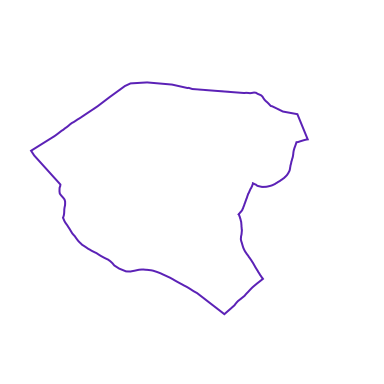 outline of Rahabah, Ma'rib, Yemen, rotated 65°
{"feature_id": "15242507B53834737304279", "entity_name": "Rahabah", "entity_type": "district", "adm_level": 2, "iso_a3": "YEM", "parent_name": "Yemen", "parent_adm1": "Ma'rib", "projection": "robinson", "projection_center": [45.139, 14.958], "detail": "fine", "context": "isolated", "style": "outline", "palette": "violet", "viewbox_px": 384, "rotation_deg": 65, "n_neighbors": 0, "source": "geoboundaries", "source_scale": "gbopen_adm2", "svg_char_len": 5987}
<svg xmlns="http://www.w3.org/2000/svg" viewBox="0 0 384 384"><g transform="rotate(65 192 192)"><path d="M160.8,319.8L162.2,319.8L164.0,319.9L165.9,319.8L167.6,319.5L169.6,319.1L171.4,318.9L173.3,318.6L175.2,318.4L177.2,318.2L178.9,318.0L180.7,317.5L182.5,316.9L184.4,316.6L186.4,316.2L188.2,315.8L190.0,315.2L191.7,314.5L193.4,313.9L194.9,312.9L196.5,311.9L198.0,311.0L199.6,310.1L201.0,309.0L202.7,307.9L204.1,306.8L205.6,305.6L207.0,304.4L208.5,303.5L210.1,302.5L211.6,301.5L213.1,300.4L214.7,299.2L216.2,298.0L217.6,296.8L217.7,296.7L220.2,295.3L222.9,294.2L225.7,293.5L230.6,290.4L236.1,285.3L238.0,281.5L238.6,279.1L239.1,277.2L239.6,274.9L240.1,272.8L240.8,270.9L241.6,269.0L242.7,267.2L243.6,265.5L244.6,263.9L245.7,262.1L246.8,260.6L248.1,259.2L249.5,257.7L250.9,256.3L252.7,254.6L254.2,253.4L255.7,252.1L258.9,249.4L260.3,248.2L261.8,247.1L263.3,246.0L264.1,245.5L266.5,243.8L269.9,241.3L271.6,240.0L273.3,238.8L274.8,237.6L276.4,236.4L277.9,235.4L279.6,234.3L281.1,233.4L282.8,232.3L284.3,231.2L285.8,230.1L316.4,214.3L312.6,201.3L311.9,200.1L310.9,198.0L310.3,196.5L308.3,188.2L307.6,186.8L306.9,185.1L306.2,183.2L305.4,181.3L304.7,179.5L304.0,177.6L303.4,175.5L302.9,173.6L302.4,171.7L301.9,169.5L301.0,165.7L300.7,164.4L300.2,164.5L299.9,164.6L299.5,164.6L299.2,164.8L298.9,164.8L298.4,164.9L298.1,164.9L297.8,165.0L297.5,165.0L297.0,165.1L296.6,165.2L296.0,165.3L295.3,165.4L294.7,165.4L294.0,165.5L293.3,165.6L292.7,165.7L292.0,165.8L291.4,165.8L290.8,165.8L290.2,166.0L289.5,166.0L288.4,166.2L288.0,166.2L287.4,166.3L286.9,166.3L286.6,166.4L285.6,166.4L285.0,166.5L284.5,166.5L283.9,166.6L283.1,166.6L282.5,166.7L281.9,166.7L281.5,166.8L280.9,166.9L280.5,166.9L280.2,167.0L279.8,167.0L279.3,167.1L279.0,167.1L278.5,167.2L277.9,167.3L277.3,167.4L276.6,167.5L275.7,167.7L274.9,167.9L273.7,168.0L272.8,168.2L271.9,168.4L271.0,168.6L270.2,168.7L269.5,168.8L268.6,169.0L268.1,169.0L267.3,169.1L264.4,169.1L263.8,169.0L263.4,169.0L262.8,168.9L262.1,168.8L261.4,168.7L260.7,168.6L260.1,168.5L258.9,168.3L257.8,168.2L257.3,168.1L257.1,168.1L256.7,168.0L256.2,167.9L255.8,167.8L255.3,167.6L254.5,167.2L254.1,166.9L253.5,166.6L253.1,166.4L252.7,166.1L252.2,165.7L251.3,165.0L250.9,164.8L250.4,164.5L250.2,164.3L249.5,164.0L248.9,163.6L248.4,163.3L248.1,163.1L247.7,163.0L247.4,162.8L247.1,162.8L246.8,162.6L246.5,162.6L246.0,162.4L245.7,162.2L245.0,162.0L244.6,161.9L244.1,161.7L243.7,161.5L243.2,161.3L242.7,161.1L242.1,160.9L241.6,160.7L240.5,160.3L240.0,160.1L239.4,160.0L238.9,159.9L237.7,159.7L237.1,159.5L236.8,159.5L236.2,159.5L235.5,159.3L235.2,159.3L234.7,159.2L234.2,159.2L233.9,159.2L233.4,159.1L233.2,159.1L232.8,159.1L232.4,159.0L232.0,159.0L231.9,159.1L231.7,158.8L231.6,158.4L231.4,157.9L231.2,157.5L231.0,157.1L230.7,156.5L230.6,156.0L230.4,155.6L230.2,155.3L230.1,155.0L229.9,154.7L229.7,154.4L229.5,154.0L229.2,153.7L228.7,153.2L228.5,152.9L228.3,152.6L227.5,151.9L227.2,151.6L226.7,151.0L226.1,150.4L225.5,149.8L225.1,149.5L224.4,148.7L224.2,148.5L223.8,148.1L223.3,147.7L222.8,147.1L222.3,146.7L221.9,146.2L221.5,145.9L221.2,145.6L221.0,145.3L220.7,145.0L220.5,144.8L220.0,144.3L219.5,143.9L218.6,143.0L218.2,142.6L217.9,142.3L217.5,142.0L217.2,141.5L217.0,141.2L216.7,140.8L216.4,140.5L216.1,140.1L215.7,139.7L215.3,139.2L215.0,138.9L214.7,138.5L214.3,138.1L213.9,137.6L213.6,137.1L213.3,136.6L212.9,136.2L212.7,135.9L212.3,135.4L211.8,134.8L211.4,134.5L211.2,134.3L211.0,134.0L210.7,133.8L210.5,133.5L210.3,133.3L209.9,133.1L210.0,133.0L210.3,132.7L210.9,132.3L211.6,131.7L211.8,131.5L212.2,131.1L212.5,130.9L213.2,130.6L213.9,130.2L214.2,129.9L214.5,129.6L214.7,129.3L215.0,129.0L215.1,128.8L215.3,128.6L215.5,128.3L216.0,127.7L216.2,127.4L216.4,127.1L216.7,126.8L217.1,126.2L217.2,125.8L217.5,125.4L217.6,125.0L217.8,124.6L218.0,124.1L218.2,123.5L218.5,123.0L218.6,122.5L218.8,122.0L218.9,121.4L219.1,120.7L219.2,120.0L219.4,119.2L219.5,118.5L219.6,118.1L219.7,117.4L219.7,117.0L219.8,116.6L219.8,114.4L219.8,113.8L219.8,113.4L219.6,112.4L219.6,112.0L219.5,111.1L219.4,110.5L219.3,110.0L219.3,109.5L219.2,108.8L219.2,108.1L219.0,107.0L218.8,106.2L218.8,105.7L218.6,104.8L218.5,104.3L218.4,103.7L218.3,103.3L218.3,103.0L218.1,102.3L218.0,102.0L217.8,101.7L217.7,101.3L217.7,101.0L217.4,100.4L217.2,99.8L217.0,99.3L216.8,98.8L216.6,98.5L216.4,98.1L216.2,97.7L215.9,97.4L215.7,97.1L215.5,96.7L215.2,96.2L214.8,95.8L214.5,95.4L214.2,95.0L214.0,94.7L213.7,94.4L213.3,94.1L213.0,93.9L212.7,93.6L212.3,93.4L212.1,93.2L211.7,92.9L211.4,92.8L210.9,92.4L210.6,92.2L210.2,91.9L209.8,91.7L209.6,91.5L209.2,91.2L208.9,90.9L207.9,90.1L207.5,89.8L207.2,89.6L206.9,89.4L206.5,89.1L206.3,88.9L205.9,88.5L205.4,88.1L205.2,87.9L204.8,87.6L204.3,87.2L204.1,87.0L203.8,86.7L203.5,86.4L203.2,86.2L202.9,85.9L202.6,85.7L202.2,85.4L201.8,85.1L201.1,84.7L200.9,84.5L200.4,84.2L199.5,83.7L199.2,83.5L198.6,83.1L198.3,82.9L197.8,82.6L197.6,82.4L197.1,82.0L196.8,81.8L196.5,81.5L196.1,81.1L195.8,80.9L195.6,80.8L195.4,80.5L195.2,80.3L194.9,80.0L194.6,79.7L194.3,79.4L193.9,79.0L193.7,78.8L193.3,78.4L193.1,78.2L192.6,77.7L192.1,77.3L191.9,77.1L191.5,76.7L191.1,76.3L191.2,76.2L191.6,74.3L191.8,72.4L192.1,70.3L192.4,68.2L192.8,66.2L193.2,64.9L166.0,63.6L157.5,75.6L148.2,83.1L147.4,84.2L146.3,84.6L144.4,85.2L142.5,85.9L140.8,86.7L139.0,87.3L137.3,87.6L135.4,87.8L133.6,88.5L132.2,89.7L130.8,91.0L129.1,92.1L128.1,93.7L127.6,95.6L127.0,97.6L126.0,99.2L125.0,101.0L124.4,102.8L119.9,110.8L98.8,148.2L97.5,149.6L96.2,151.0L95.9,152.1L86.2,164.7L73.7,186.4L67.6,201.8L67.6,208.0L71.2,226.6L74.4,241.3L77.7,262.8L77.9,265.1L78.3,267.5L78.6,269.5L78.7,271.8L79.2,274.1L79.8,276.1L80.3,278.2L80.6,280.2L81.2,282.4L81.4,284.4L81.9,286.5L82.4,288.7L82.9,291.1L83.2,292.7L86.6,320.4L92.2,319.6L129.6,308.1L130.9,308.9L132.2,310.2L133.9,311.1L135.6,311.9L137.6,312.5L139.6,312.1L141.3,311.6L143.0,311.1L144.9,310.7L146.9,311.0L148.7,311.8L150.4,312.7L152.1,314.0L153.8,315.1L155.4,315.9L157.1,316.8L158.8,317.9L160.3,319.2L160.8,319.8Z" fill="none" stroke="#5b21b6" stroke-width="2"/></g></svg>